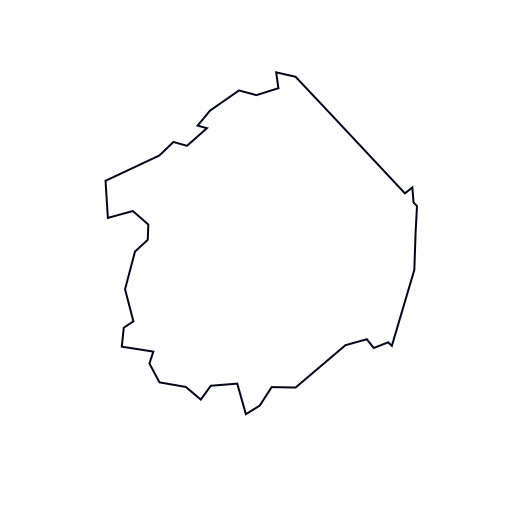 Union, Tennessee, United States of America, rotated 225°
{"feature_id": "52423323B38749584273521", "entity_name": "Union", "entity_type": "district", "adm_level": 2, "iso_a3": "USA", "parent_name": "United States of America", "parent_adm1": "Tennessee", "projection": "natural_earth1", "projection_center": [-83.834, 36.298], "detail": "fine", "context": "isolated", "style": "outline", "palette": "ink", "viewbox_px": 512, "rotation_deg": 225, "n_neighbors": 0, "source": "geoboundaries", "source_scale": "gbopen_adm2", "svg_char_len": 703}
<svg xmlns="http://www.w3.org/2000/svg" viewBox="0 0 512 512"><g transform="rotate(225 256 256)"><path d="M101.5,288.4L96.4,288.5L134.2,358.1L159.8,385.5L177.5,405.2L182.4,405.2L193.9,415.0L195.0,405.6L304.1,409.2L354.8,410.7L371.6,400.1L358.8,390.5L369.5,370.0L385.1,361.0L391.3,326.4L389.5,306.9L381.1,311.7L382.7,285.1L395.0,278.3L395.4,258.8L415.6,202.8L387.7,178.2L374.9,200.7L354.4,202.1L344.0,190.9L344.7,173.6L325.1,139.9L296.5,123.1L298.8,111.8L286.8,97.0L261.0,115.8L255.3,104.6L234.9,98.4L213.0,113.8L193.5,115.4L196.2,132.3L179.0,152.5L151.3,137.0L147.6,152.8L152.2,174.4L135.0,191.0L129.7,256.1L118.8,275.5L107.7,274.2L101.5,288.4Z" fill="none" stroke="#020617" stroke-width="2"/></g></svg>